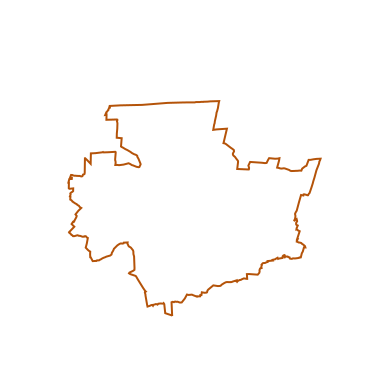 outline of Rachiti, Botosani, Romania, rotated 322°
{"feature_id": "2599482B10393832420275", "entity_name": "Rachiti", "entity_type": "district", "adm_level": 2, "iso_a3": "ROU", "parent_name": "Romania", "parent_adm1": "Botosani", "projection": "natural_earth1", "projection_center": [26.699, 47.8], "detail": "fine", "context": "isolated", "style": "outline", "palette": "amber", "viewbox_px": 384, "rotation_deg": 322, "n_neighbors": 0, "source": "geoboundaries", "source_scale": "gbopen_adm2", "svg_char_len": 5986}
<svg xmlns="http://www.w3.org/2000/svg" viewBox="0 0 384 384"><g transform="rotate(322 192 192)"><path d="M303.4,251.5L309.3,248.0L310.4,247.1L311.1,246.4L312.3,245.9L313.8,244.9L310.7,242.7L308.0,241.1L305.3,239.7L303.7,238.5L298.3,241.8L296.7,241.4L293.2,241.4L291.3,242.5L289.8,241.2L288.7,240.6L283.5,236.9L282.6,235.9L282.1,234.4L279.6,230.5L278.9,229.8L277.0,228.7L275.9,227.6L275.6,227.0L274.1,225.2L280.0,220.8L281.7,219.2L280.0,218.4L277.9,216.9L273.6,212.8L271.6,213.6L268.7,215.0L267.3,214.2L265.1,212.0L256.3,204.1L252.7,205.9L251.9,208.0L251.5,208.5L251.1,208.7L251.0,209.0L250.6,209.2L250.0,208.7L241.8,201.7L246.7,196.8L247.3,196.0L247.4,195.3L247.4,192.8L247.5,190.8L247.1,188.9L247.2,187.9L247.6,187.2L248.0,186.8L250.1,185.9L250.8,184.7L250.5,183.3L249.7,180.7L248.3,175.2L247.7,173.8L246.9,172.9L258.5,163.6L249.9,157.8L247.0,156.1L251.1,152.4L252.1,151.8L253.6,150.3L258.0,146.7L260.4,144.4L261.2,144.0L264.0,141.9L268.1,138.1L269.4,137.1L262.3,131.9L259.8,130.3L256.5,127.9L256.3,127.9L255.0,126.8L253.2,125.7L250.5,123.6L249.4,123.1L240.7,116.4L227.7,106.8L206.4,92.7L189.0,79.7L180.1,73.5L179.8,73.6L179.6,74.6L179.2,74.9L178.9,74.5L178.6,74.6L177.4,75.3L176.8,75.5L176.6,75.9L173.9,76.4L173.1,77.3L172.6,77.4L172.6,77.0L171.0,77.9L171.7,78.3L172.1,78.7L169.0,82.4L177.3,88.5L177.7,89.0L177.5,89.4L176.6,89.9L176.3,90.2L176.1,90.9L175.5,92.0L172.0,96.2L168.9,99.5L166.1,102.9L169.7,106.3L164.1,112.4L164.2,113.1L164.7,114.0L165.9,117.2L166.9,119.2L168.3,122.8L168.5,123.9L169.6,126.5L170.7,128.2L171.1,129.4L171.1,129.8L170.6,130.6L170.3,132.8L168.8,138.1L168.5,138.6L165.9,139.9L165.2,139.6L163.8,138.0L161.9,134.7L161.2,133.8L160.5,131.8L159.7,130.3L155.0,128.3L151.1,126.0L149.8,124.7L148.2,123.5L149.7,122.1L150.7,120.6L150.9,119.9L151.5,119.0L156.1,114.0L156.4,113.5L156.3,113.1L150.9,109.4L146.9,106.5L146.6,106.2L146.5,105.7L145.9,105.6L139.6,101.8L136.1,99.3L129.5,107.4L129.0,102.2L128.6,99.6L128.4,99.5L119.3,110.8L118.4,111.6L117.8,111.6L116.8,111.2L115.5,112.0L114.8,111.9L114.2,111.4L113.4,110.2L111.3,108.5L110.4,107.6L109.3,106.7L108.8,106.1L108.1,104.9L107.2,104.1L104.6,105.7L106.1,106.8L105.3,107.7L103.2,106.3L100.4,108.5L100.8,108.8L97.2,113.2L97.2,113.5L97.5,114.1L100.6,116.0L98.9,118.1L98.0,118.2L96.5,118.0L95.5,118.1L95.1,118.3L94.9,119.1L93.1,120.3L93.4,120.7L91.4,123.0L91.8,123.9L91.9,124.5L92.0,124.8L91.9,125.9L92.2,126.4L92.2,127.1L92.6,127.8L93.0,129.3L93.6,130.4L93.7,130.8L93.7,131.6L94.4,133.2L94.3,134.1L94.4,135.1L94.9,136.4L91.0,136.8L86.4,137.9L86.4,139.9L85.2,140.7L82.4,141.9L80.9,142.7L80.4,142.8L80.3,142.2L80.0,142.2L77.4,143.1L77.9,146.9L70.3,148.0L70.2,148.8L70.3,149.3L70.6,149.7L70.6,151.7L70.9,152.0L71.1,152.9L71.0,153.3L71.1,153.6L72.2,154.4L75.0,155.5L75.4,155.9L75.6,156.5L77.0,157.9L78.1,159.7L78.6,160.2L79.7,160.6L79.7,160.8L80.4,160.9L81.0,161.4L81.2,161.9L81.1,162.3L81.1,162.9L81.6,164.1L77.3,167.9L74.0,170.4L74.3,173.6L74.6,175.0L75.1,176.3L73.4,178.3L71.7,180.7L72.0,180.9L71.2,185.3L74.3,187.5L74.7,187.3L75.8,187.9L76.5,188.6L77.9,188.7L78.4,188.9L80.4,189.1L81.8,189.4L83.3,189.9L84.7,190.2L88.4,191.7L90.1,191.7L91.4,190.6L93.8,189.7L95.5,188.7L100.4,188.1L102.9,188.3L104.0,188.6L104.6,189.0L105.2,189.7L106.4,190.3L107.0,189.9L110.2,192.1L109.4,192.8L108.8,195.3L108.8,196.2L109.4,197.6L109.6,198.3L109.6,201.7L109.2,202.7L107.6,204.9L106.7,207.1L99.9,216.5L98.7,217.9L97.3,217.9L93.1,217.0L92.3,217.3L92.8,218.7L95.7,223.1L96.0,223.9L95.5,227.5L94.4,237.5L94.2,240.8L94.3,242.0L93.4,241.8L93.1,242.0L92.0,244.5L91.7,244.8L87.1,253.4L86.4,254.9L88.6,255.7L90.1,256.0L91.2,256.5L91.4,256.8L91.2,257.3L91.2,257.6L92.1,257.2L92.9,257.4L93.4,257.7L94.6,258.1L94.9,258.6L95.4,259.0L95.6,259.3L95.6,259.5L95.9,259.5L96.1,259.4L96.7,259.3L98.6,260.5L100.3,262.0L100.8,262.2L101.2,262.1L101.2,262.4L101.1,263.3L96.3,271.0L99.8,276.3L99.9,276.2L100.6,276.7L108.0,266.3L108.9,266.5L109.4,266.9L109.9,267.7L110.9,267.8L111.5,268.2L111.8,268.7L113.1,269.6L114.2,271.4L114.7,271.9L115.9,272.7L120.8,271.5L124.9,269.7L125.9,271.0L128.7,272.8L129.7,274.6L131.4,277.4L131.7,277.2L132.9,278.3L134.2,279.2L135.1,278.3L136.0,279.0L138.0,277.1L139.9,279.2L141.5,280.2L142.0,280.3L142.2,280.2L143.5,279.2L144.6,278.9L151.3,278.7L151.5,278.9L154.5,282.1L156.3,283.3L156.9,283.5L158.3,283.3L161.3,283.6L162.9,283.9L164.0,284.4L166.5,286.5L166.8,286.6L167.2,287.0L167.9,287.4L168.8,287.6L172.3,288.9L171.7,289.2L171.9,289.5L172.4,289.6L172.3,290.5L173.2,290.3L174.3,290.5L175.4,290.7L176.3,291.3L177.3,291.4L179.6,292.0L180.2,292.5L181.4,293.9L182.0,294.4L184.7,290.5L186.6,291.9L192.9,297.6L195.3,297.1L196.4,296.2L197.0,295.2L198.2,294.4L199.0,294.2L200.0,294.8L200.2,294.5L200.1,294.1L201.2,293.1L201.8,292.8L201.9,292.4L202.1,292.3L202.1,292.1L203.8,291.7L204.4,291.9L205.7,292.8L206.3,293.0L207.8,293.3L208.4,293.7L208.8,293.7L209.1,293.0L213.2,295.6L213.2,295.0L213.4,294.9L216.1,296.2L216.9,296.2L218.9,296.5L218.6,297.4L218.6,297.7L219.2,297.8L222.7,299.7L223.5,298.8L224.0,298.8L224.2,298.4L225.0,298.3L225.5,298.5L225.9,298.5L226.1,298.8L225.8,299.4L225.9,299.7L225.6,299.8L225.2,299.6L224.8,300.1L224.9,300.6L225.8,300.4L226.0,300.6L227.3,301.4L227.5,301.6L227.8,302.1L227.7,302.4L228.6,303.6L228.3,304.1L228.2,304.8L229.2,305.9L229.9,306.3L230.6,306.4L231.4,307.0L232.1,307.7L235.0,309.4L236.3,310.0L236.5,309.8L237.5,310.5L240.8,307.9L242.7,307.1L246.1,304.6L247.2,305.5L247.7,304.2L247.3,302.0L246.8,300.7L246.7,299.5L245.8,298.2L245.0,297.5L244.5,296.4L244.0,295.6L244.8,295.0L246.1,294.3L245.6,294.0L252.7,289.2L251.9,287.6L251.8,286.5L251.6,286.2L251.1,285.9L252.2,284.9L254.7,283.5L254.1,282.3L254.2,281.5L254.5,281.1L255.4,280.2L256.7,279.9L257.1,279.3L257.8,277.7L255.8,277.6L254.4,277.7L256.6,276.6L258.2,275.2L258.8,274.5L259.7,272.7L261.1,271.9L263.0,271.2L270.3,265.7L276.1,261.5L277.6,263.3L278.5,262.6L279.1,263.0L280.7,265.1L280.9,265.6L281.5,266.0L283.0,265.3L284.0,265.2L288.9,262.0L292.4,259.6L294.2,258.2L297.4,256.0L303.4,251.5Z" fill="none" stroke="#b45309" stroke-width="2"/></g></svg>